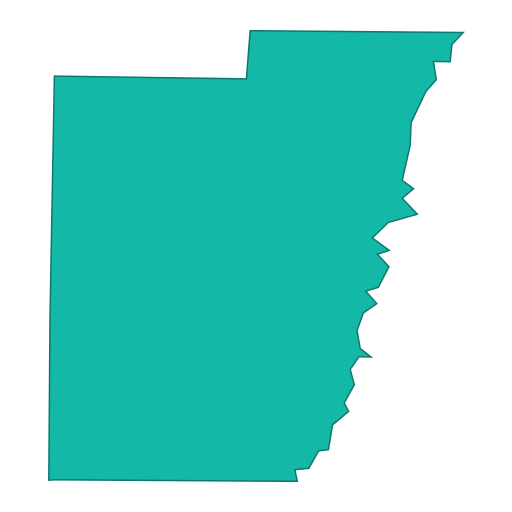 Calhoun, Florida, United States of America (Natural Earth projection)
{"feature_id": "52423323B11217217149990", "entity_name": "Calhoun", "entity_type": "district", "adm_level": 2, "iso_a3": "USA", "parent_name": "United States of America", "parent_adm1": "Florida", "projection": "natural_earth1", "projection_center": [-85.065, 30.404], "detail": "fine", "context": "isolated", "style": "filled", "palette": "teal", "viewbox_px": 512, "rotation_deg": 0, "n_neighbors": 0, "source": "geoboundaries", "source_scale": "gbopen_adm2", "svg_char_len": 622}
<svg xmlns="http://www.w3.org/2000/svg" viewBox="0 0 512 512"><path d="M463.2,32.5L250.2,30.7L246.4,78.9L54.4,76.1L50.0,317.2L48.8,480.2L54.8,479.8L297.3,481.3L294.9,469.7L308.8,468.3L318.7,450.8L328.4,449.7L332.5,424.9L348.6,411.4L344.2,403.0L354.3,384.7L350.2,369.4L359.0,356.7L371.0,357.0L360.2,348.5L357.0,330.5L363.4,312.9L376.8,303.6L365.7,291.2L378.3,287.3L388.9,266.7L377.4,254.2L389.2,250.4L372.3,238.0L388.3,222.4L417.3,214.2L402.2,198.3L413.5,188.7L402.2,180.4L410.2,145.2L411.1,122.6L425.9,91.4L436.3,79.7L433.4,61.4L450.2,61.7L451.9,44.5L463.2,32.5Z" fill="#14b8a6" stroke="#0f766e" stroke-width="1.5"/></svg>